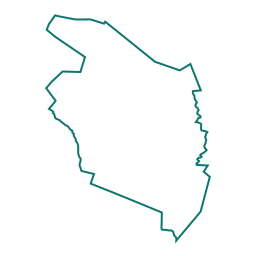 Elesbão Veloso, Piauí, Brazil (Mercator projection)
{"feature_id": "56859067B9970821257973", "entity_name": "Elesbão Veloso", "entity_type": "district", "adm_level": 2, "iso_a3": "BRA", "parent_name": "Brazil", "parent_adm1": "Piauí", "projection": "mercator", "projection_center": [-42.169, -6.199], "detail": "fine", "context": "isolated", "style": "outline", "palette": "teal", "viewbox_px": 256, "rotation_deg": 0, "n_neighbors": 0, "source": "geoboundaries", "source_scale": "gbopen_adm2", "svg_char_len": 1816}
<svg xmlns="http://www.w3.org/2000/svg" viewBox="0 0 256 256"><path d="M190.4,64.0L179.8,70.4L155.0,61.8L144.5,53.3L105.2,21.7L104.0,23.6L90.4,19.4L75.6,19.5L66.5,17.8L61.5,16.8L59.8,16.5L55.1,15.4L49.0,24.0L46.7,29.8L55.8,37.2L72.7,48.7L85.0,57.1L80.4,72.0L62.6,71.5L51.4,82.0L46.2,88.2L51.3,95.0L55.6,100.8L54.2,102.7L49.0,108.9L52.2,110.8L53.2,111.8L52.9,113.1L54.1,114.0L54.7,116.1L55.3,118.0L56.3,118.9L58.2,119.5L59.8,120.3L60.8,121.5L62.0,122.4L65.8,125.4L67.3,125.9L68.2,126.9L69.1,127.9L70.3,129.5L72.3,130.8L72.4,132.6L73.9,133.9L73.7,135.7L75.0,137.9L75.8,139.3L75.9,140.9L77.6,143.6L78.0,145.3L78.2,146.8L78.2,150.1L78.2,151.9L78.3,154.0L79.5,157.2L80.7,158.9L80.6,160.6L79.9,163.1L79.5,165.2L80.3,167.3L81.5,171.0L94.0,174.0L90.7,183.6L121.4,195.9L161.8,212.5L161.8,215.8L161.7,221.7L161.5,227.2L161.7,229.5L164.7,229.9L166.1,229.8L167.8,230.3L169.3,230.5L171.0,230.3L173.0,231.5L173.6,233.2L174.1,235.4L175.8,237.1L176.4,238.6L176.3,240.6L198.7,213.9L200.6,211.6L201.1,209.7L209.8,176.9L203.7,171.7L207.7,165.5L196.7,164.9L196.5,163.4L198.1,162.4L199.1,161.1L197.3,159.6L197.9,158.3L199.1,157.7L200.4,157.6L201.6,156.6L200.2,155.2L201.6,153.7L203.2,153.2L204.3,152.2L205.4,151.3L206.6,150.2L205.8,148.9L204.7,147.9L204.3,145.9L204.9,144.6L205.6,143.0L205.8,141.6L206.3,140.0L205.5,138.4L205.2,136.8L205.7,135.3L206.4,133.5L207.3,132.0L205.3,131.2L203.2,130.7L201.6,130.5L201.1,129.2L200.9,127.9L201.1,126.4L201.3,124.2L200.2,123.3L199.0,122.8L197.5,122.3L195.9,122.1L196.9,120.7L197.8,119.3L198.2,118.1L200.2,117.6L200.6,116.3L199.5,115.6L198.3,114.7L197.2,113.5L197.5,111.8L198.6,110.2L197.8,108.2L196.2,107.1L195.4,105.8L195.9,103.9L196.9,102.5L196.2,101.2L195.0,99.6L194.5,97.8L194.5,95.9L193.4,94.4L192.8,92.7L193.0,91.1L200.8,90.4L190.4,64.0Z" fill="none" stroke="#0f766e" stroke-width="2"/></svg>